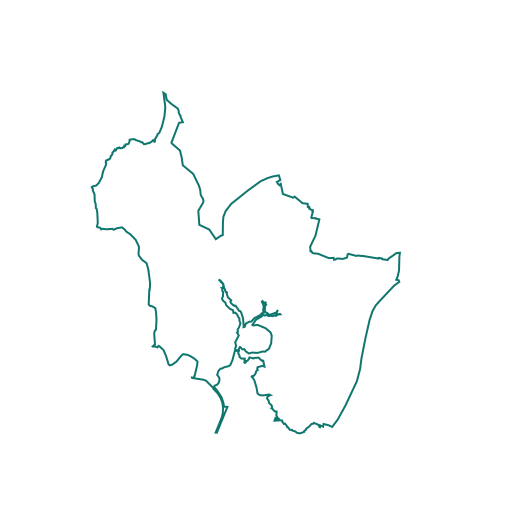 outline of ÅrÄkei Local Board Area, Auckland, New Zealand, rotated 245°
{"feature_id": "76426892B76499292811538", "entity_name": "ÅrÄkei Local Board Area", "entity_type": "district", "adm_level": 2, "iso_a3": "NZL", "parent_name": "New Zealand", "parent_adm1": "Auckland", "projection": "mercator", "projection_center": [174.831, -36.875], "detail": "fine", "context": "isolated", "style": "outline", "palette": "teal", "viewbox_px": 512, "rotation_deg": 245, "n_neighbors": 0, "source": "geoboundaries", "source_scale": "gbopen_adm2", "svg_char_len": 6115}
<svg xmlns="http://www.w3.org/2000/svg" viewBox="0 0 512 512"><g transform="rotate(245 256 256)"><path d="M112.4,145.8L131.3,166.3L133.0,163.4L137.1,164.5L142.8,165.0L150.2,164.0L155.2,162.6L155.9,163.6L155.8,166.6L157.0,168.7L158.8,170.3L161.0,171.3L164.7,170.6L167.8,173.5L168.9,176.3L168.4,177.4L168.6,180.4L167.7,184.8L168.1,186.7L171.4,190.5L179.0,196.8L177.2,200.3L175.5,198.8L172.5,198.9L171.5,198.4L169.2,199.4L167.7,202.5L164.5,200.5L163.9,200.7L163.9,201.7L164.9,202.8L164.7,204.0L165.6,205.9L166.8,207.2L164.1,210.6L164.3,211.5L162.8,215.4L158.6,217.0L157.9,217.7L158.3,218.0L158.0,218.3L152.2,216.9L153.6,215.6L154.6,210.5L153.4,209.5L152.0,209.5L151.8,208.0L149.3,205.4L148.4,203.6L148.8,201.6L148.3,201.0L146.8,201.7L143.5,201.9L136.3,200.8L130.8,199.3L129.2,200.0L127.7,201.4L126.4,204.2L125.0,209.3L123.8,210.2L124.1,208.9L123.7,208.6L123.6,206.9L122.2,205.8L119.5,206.3L117.4,205.7L114.0,207.0L112.4,206.8L111.5,205.7L111.2,206.1L107.3,207.3L106.3,208.9L103.0,207.1L100.4,207.2L99.2,207.7L99.5,206.0L99.9,206.1L101.0,205.2L98.9,203.2L96.9,208.4L95.8,210.2L94.6,209.8L91.9,210.4L91.9,211.4L88.9,212.1L87.6,211.9L86.9,212.8L84.3,213.1L83.1,215.2L82.4,215.2L80.3,217.6L78.6,218.2L76.7,220.8L76.2,225.3L76.9,225.6L77.3,227.7L78.0,228.0L78.3,228.9L79.0,232.2L80.3,235.4L79.8,237.3L80.3,237.9L76.1,241.8L75.6,241.3L75.0,242.0L74.2,241.3L73.8,241.6L75.0,242.9L73.0,244.7L75.2,246.3L71.8,250.4L68.9,252.8L73.2,260.9L82.7,273.9L99.8,294.4L109.6,302.6L118.5,308.2L134.9,320.2L149.9,331.8L156.7,338.2L160.5,343.4L162.9,348.9L170.7,368.5L172.0,374.9L173.8,375.0L175.2,373.1L177.5,375.7L182.4,379.5L194.7,385.6L198.1,387.8L199.2,384.6L199.2,383.4L198.6,381.3L198.0,376.7L197.3,374.3L196.7,373.6L199.8,369.0L200.6,369.1L202.4,366.4L201.9,366.0L211.2,352.4L211.2,352.0L213.4,348.5L213.7,346.9L218.9,340.7L218.8,339.8L216.3,337.9L216.1,337.4L216.7,333.4L219.5,328.5L219.2,326.4L219.7,325.1L221.5,325.6L223.3,321.1L231.9,313.1L233.9,309.6L235.2,308.3L237.0,308.3L237.3,307.4L241.5,309.0L249.4,318.6L262.4,328.9L264.7,325.9L265.0,326.1L266.9,322.4L267.4,322.3L272.2,326.3L272.6,326.0L273.4,326.9L275.4,324.8L276.6,324.9L276.8,324.3L278.1,324.9L278.6,323.7L281.4,324.9L284.3,320.4L293.4,316.2L293.1,314.4L300.8,306.6L310.9,308.9L310.3,307.1L312.6,306.3L314.3,306.2L314.5,310.1L319.4,310.8L321.0,304.7L321.7,299.5L321.8,291.9L318.8,276.4L313.7,255.5L309.5,247.4L305.3,243.0L300.8,240.4L289.0,234.7L289.2,232.5L288.2,226.7L299.8,224.8L308.2,217.8L321.3,222.8L326.7,230.6L328.1,231.7L330.0,232.1L334.6,231.7L339.7,233.4L343.7,234.0L356.9,233.8L369.1,228.0L376.8,230.3L383.7,231.7L393.5,227.3L394.5,227.3L408.8,242.1L409.2,242.6L408.2,246.3L413.8,246.4L415.2,246.9L416.0,246.5L418.7,246.6L420.1,247.3L422.7,247.4L429.9,243.4L434.5,241.4L435.8,241.2L440.7,242.5L443.1,241.1L429.4,236.8L421.2,232.0L413.0,225.4L408.4,220.3L408.0,218.3L407.1,217.6L404.7,214.0L402.4,212.6L402.5,212.2L403.9,212.4L404.5,211.8L403.8,209.9L403.4,206.9L404.0,205.6L404.1,203.2L404.7,201.7L407.3,200.9L407.5,200.1L408.5,199.6L411.9,196.0L413.2,195.3L414.1,193.2L414.8,190.6L413.5,190.0L411.7,188.1L411.5,187.1L412.3,185.0L411.1,184.0L411.5,183.4L410.7,183.2L410.4,182.2L410.8,181.8L410.3,180.8L410.7,179.1L412.0,178.1L411.6,177.4L412.3,176.9L412.3,175.4L411.0,173.8L411.0,173.3L411.8,173.1L411.1,172.5L411.6,171.9L410.8,171.0L410.5,169.6L408.9,168.9L407.9,166.7L406.0,165.0L405.6,163.6L406.0,162.9L405.7,162.4L405.9,160.4L404.3,159.3L403.4,159.5L401.6,158.1L397.4,153.3L392.5,149.5L388.6,144.3L387.4,141.0L388.1,137.5L387.8,136.2L385.6,136.5L384.2,135.8L380.1,135.7L373.8,133.0L370.5,132.6L367.2,131.1L366.1,131.5L362.1,130.4L352.9,126.6L349.8,124.2L348.9,124.7L347.5,126.7L345.5,127.0L345.5,128.6L343.5,131.5L341.3,137.4L340.0,138.0L339.9,141.9L338.6,146.6L335.6,148.2L333.1,148.7L328.7,151.3L321.5,153.8L314.8,153.9L313.0,153.5L307.8,150.5L305.9,150.0L300.7,151.1L295.7,153.8L288.9,152.6L276.3,148.6L272.0,146.4L270.2,145.2L270.4,145.0L257.5,138.3L255.8,138.7L254.2,140.7L251.3,142.7L247.5,141.7L240.3,138.9L231.5,134.2L230.9,132.5L228.4,130.8L218.6,127.1L217.7,124.2L217.3,124.5L216.7,126.3L214.8,128.1L215.7,129.8L215.3,130.2L209.9,132.4L203.2,132.2L194.7,131.0L193.4,131.6L192.9,133.9L193.9,139.3L197.3,146.4L197.8,148.5L195.4,152.1L192.9,154.3L188.6,157.0L185.0,158.4L181.5,156.2L173.0,149.5L173.1,149.1L171.8,148.1L172.9,146.6L172.5,146.5L166.0,156.2L163.9,158.1L154.7,161.4L153.8,161.2L147.8,163.2L142.7,163.9L137.3,163.5L132.3,162.0L127.3,159.3L124.2,156.8L113.0,144.8L112.4,145.8ZM179.4,197.6L180.7,197.8L183.0,200.0L186.6,200.7L191.3,206.8L194.6,206.4L194.8,207.5L197.1,208.3L198.6,210.6L201.6,213.4L204.7,213.7L206.3,214.6L208.4,214.1L210.9,214.2L213.4,213.3L214.0,211.5L216.6,212.2L219.0,210.1L223.9,208.2L226.9,208.5L228.9,207.4L231.0,207.1L231.9,207.2L233.3,208.9L237.2,211.0L238.6,210.7L240.7,211.7L241.4,211.5L241.2,212.0L241.8,213.0L243.5,214.2L245.1,214.2L247.2,213.2L248.6,213.3L249.3,212.5L249.8,212.7L250.2,213.4L249.4,212.6L248.7,213.5L247.3,213.5L247.1,213.9L244.4,214.5L239.9,213.5L238.7,213.9L237.6,213.3L235.8,213.6L235.7,214.1L235.2,214.3L234.4,213.6L230.3,213.1L226.4,214.8L225.4,213.4L223.5,213.6L221.1,214.5L220.9,215.0L219.9,215.4L219.6,216.5L213.4,217.5L212.7,218.4L211.1,218.7L205.2,218.0L197.7,215.2L197.5,215.5L196.8,214.8L196.6,215.8L199.0,218.2L199.3,221.9L198.7,223.5L198.8,224.7L200.4,228.4L200.6,234.3L201.6,237.3L201.7,238.4L201.4,239.0L203.6,239.4L206.5,241.4L209.0,242.1L212.0,241.9L212.4,242.8L209.7,243.8L210.1,245.7L208.7,244.0L207.6,244.9L207.7,245.6L207.5,244.0L206.1,242.6L202.4,240.7L200.2,241.3L199.4,242.2L197.3,243.1L196.8,244.1L196.2,250.6L197.9,253.0L196.1,251.1L195.2,249.5L194.2,250.5L193.3,253.3L192.9,253.4L193.6,251.7L193.3,249.0L194.3,247.1L194.5,245.4L195.4,244.5L196.3,241.9L198.2,240.8L198.1,239.2L199.7,237.6L198.9,236.0L198.2,228.9L195.1,223.6L194.3,224.0L192.8,228.4L186.6,234.1L180.5,236.9L177.1,236.6L170.4,232.8L166.4,228.5L166.1,227.2L166.0,225.3L165.4,224.0L166.6,221.7L167.5,216.5L170.1,211.7L170.7,208.3L173.8,206.5L176.6,206.0L176.7,205.1L177.3,204.1L180.1,203.3L180.3,202.9L179.1,201.2L177.8,200.7L179.4,197.6Z" fill="none" stroke="#0f766e" stroke-width="2"/></g></svg>